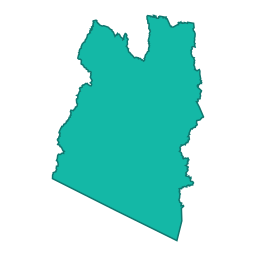 the district of Snowy Monaro, New South Wales, Australia
{"feature_id": "25037944B85069153423068", "entity_name": "Snowy Monaro", "entity_type": "district", "adm_level": 2, "iso_a3": "AUS", "parent_name": "Australia", "parent_adm1": "New South Wales", "projection": "natural_earth1", "projection_center": [149.043, -36.421], "detail": "fine", "context": "isolated", "style": "filled", "palette": "teal", "viewbox_px": 256, "rotation_deg": 0, "n_neighbors": 0, "source": "geoboundaries", "source_scale": "gbopen_adm2", "svg_char_len": 5661}
<svg xmlns="http://www.w3.org/2000/svg" viewBox="0 0 256 256"><path d="M201.5,90.8L197.7,87.2L197.8,86.7L197.2,86.0L197.4,85.6L198.2,85.9L198.1,84.7L199.3,84.6L200.1,83.3L201.3,83.4L201.1,82.9L201.6,82.5L200.8,81.4L201.4,80.9L200.2,79.8L200.7,78.9L199.8,74.2L199.9,71.1L199.3,69.6L197.1,70.8L195.6,70.0L195.3,69.2L194.7,69.3L194.9,68.5L194.5,66.3L193.8,65.3L193.8,64.6L194.4,63.7L194.1,62.7L194.5,62.3L194.2,61.6L194.7,60.4L193.7,58.8L194.2,57.8L193.1,57.5L192.2,56.6L191.0,53.2L191.5,51.9L191.1,51.4L191.2,50.7L190.9,50.3L192.1,49.1L192.2,48.2L191.8,47.6L192.2,46.8L193.3,46.5L195.1,47.0L194.5,44.6L195.1,43.7L194.4,42.8L194.3,41.5L194.7,39.9L194.5,38.2L195.0,36.5L195.1,33.8L194.3,31.5L193.6,31.0L193.0,28.8L194.1,27.8L193.6,23.3L187.7,22.3L187.5,23.3L184.2,22.5L184.1,23.1L182.3,23.3L181.8,23.1L181.9,22.8L180.8,22.6L180.8,22.0L180.2,22.4L180.3,22.7L178.7,22.4L178.3,22.7L178.8,23.3L178.4,23.4L178.4,24.5L178.1,24.4L173.0,27.2L171.2,26.8L171.3,26.2L170.4,26.1L167.1,18.8L165.9,18.6L166.2,17.1L163.9,17.1L163.8,17.8L163.1,17.8L163.1,16.8L159.8,16.2L159.6,17.0L158.7,16.8L158.4,18.2L157.4,18.3L156.4,18.1L156.0,16.7L155.7,17.1L155.1,17.1L155.1,16.2L154.5,16.1L154.6,15.6L153.5,15.4L154.0,17.2L152.2,17.0L152.1,16.5L150.7,16.1L150.5,16.4L150.3,16.0L147.7,15.6L147.0,16.3L147.1,19.2L147.7,20.1L148.0,23.4L148.9,23.5L149.1,24.5L148.8,28.7L149.8,29.5L149.8,30.3L150.4,31.1L149.3,33.5L149.8,34.9L149.3,35.4L149.4,36.4L148.3,40.3L148.6,41.0L148.4,41.4L149.1,41.9L148.6,43.2L149.4,43.6L149.0,44.7L149.5,45.4L149.2,46.0L149.4,46.9L148.9,47.3L148.7,48.1L148.5,49.7L148.9,51.0L147.6,51.6L146.6,53.7L145.5,54.9L145.0,56.7L145.2,57.2L144.1,58.6L144.7,59.3L144.5,60.2L143.6,61.1L142.2,59.8L141.5,60.0L141.0,59.1L139.9,58.3L138.5,58.7L138.3,57.8L135.9,57.3L134.4,57.9L132.1,55.1L131.2,54.7L131.0,54.0L129.9,53.0L129.9,52.6L128.7,52.0L128.1,49.6L128.5,48.9L127.5,48.2L127.4,47.3L126.3,46.3L127.5,44.2L127.2,41.1L128.1,39.3L127.6,38.4L127.1,38.4L126.4,36.5L126.9,35.3L126.1,33.9L125.3,33.5L124.7,34.4L124.3,35.7L123.8,36.1L124.2,36.7L123.5,38.2L123.7,39.2L122.9,39.7L123.0,38.7L120.8,37.1L119.3,34.3L118.3,34.2L117.5,33.4L116.9,35.0L116.3,34.7L115.0,36.4L113.3,32.0L112.3,31.4L111.8,29.8L110.5,29.4L108.2,27.2L103.7,25.7L102.2,26.1L100.1,25.2L98.9,24.2L98.5,23.4L97.9,23.3L96.6,21.3L96.8,20.6L96.0,20.2L93.2,20.9L93.1,21.7L93.8,22.5L93.1,23.4L93.2,24.8L92.8,25.2L93.2,26.2L92.7,26.7L92.4,26.4L91.7,26.9L92.0,27.2L91.7,27.8L92.1,28.7L90.7,29.0L91.7,29.9L91.2,30.4L90.7,30.1L90.4,30.6L90.3,30.3L90.0,30.5L89.9,31.3L90.2,32.4L89.8,32.3L89.6,33.3L87.5,34.7L87.0,37.2L86.2,38.9L85.3,39.9L84.8,42.0L83.9,42.2L82.2,44.1L81.1,47.0L81.3,48.1L80.2,48.7L79.4,50.3L79.3,52.1L78.7,52.8L79.1,53.2L79.2,54.5L78.6,54.8L77.8,58.2L78.7,59.1L80.5,59.3L81.4,60.3L81.1,63.9L81.7,64.4L82.7,64.5L83.2,65.7L83.9,66.2L84.3,67.4L86.1,68.1L86.3,69.2L87.5,69.6L88.4,70.7L88.1,71.4L88.3,71.7L90.5,71.6L90.9,71.9L91.1,72.4L90.7,73.8L91.0,74.7L90.3,77.2L92.1,80.5L91.5,81.8L90.3,82.8L91.4,83.6L91.7,84.4L91.2,85.8L90.2,85.8L88.0,84.5L87.3,83.5L86.9,83.8L85.9,83.4L83.6,85.1L83.1,84.9L82.6,85.2L82.0,85.9L82.3,86.9L81.4,87.6L80.2,87.5L79.5,88.6L80.0,89.2L79.9,90.3L80.3,91.1L79.4,91.7L78.2,94.8L76.8,95.4L77.6,95.9L77.9,96.6L77.6,98.7L76.6,98.9L76.4,99.8L76.7,103.0L77.5,103.8L77.1,106.1L76.5,106.9L75.5,107.0L74.9,108.9L74.3,109.1L73.4,110.6L70.9,110.2L70.4,111.8L71.1,112.7L70.8,114.0L70.9,115.2L70.4,115.2L70.1,115.9L70.3,117.1L69.2,117.3L68.6,119.5L68.0,119.7L67.6,121.0L67.0,121.4L66.5,121.2L66.1,123.0L65.1,123.5L64.6,124.3L63.8,124.3L63.4,125.6L62.3,126.6L61.7,126.5L61.6,127.3L60.9,128.1L59.1,132.2L59.0,132.8L60.1,133.1L59.7,134.7L59.9,136.2L59.2,136.2L58.5,138.3L58.6,138.7L57.7,138.9L57.4,139.9L58.9,142.3L57.7,144.5L59.8,145.2L60.0,146.5L60.7,146.7L61.7,147.8L62.8,150.3L64.3,151.4L63.4,152.0L63.6,153.4L62.0,153.2L60.3,154.5L58.5,154.2L57.7,155.4L57.3,158.7L56.5,160.6L57.4,161.0L58.0,163.0L58.2,164.2L57.9,166.2L56.5,166.2L56.2,168.4L56.7,169.4L56.0,170.6L55.9,171.6L53.2,172.7L53.2,173.8L52.6,175.0L52.5,178.6L116.9,211.0L176.9,240.6L181.8,220.9L181.4,208.3L183.6,206.3L183.4,205.5L181.0,205.7L181.4,204.5L181.0,203.4L181.5,203.1L179.7,202.2L179.5,200.9L178.9,200.0L179.6,197.9L179.8,194.7L180.3,194.0L179.4,192.8L179.7,191.6L179.3,191.2L179.7,190.8L179.5,190.4L179.7,189.4L179.2,188.8L180.1,188.4L181.6,188.7L182.4,187.1L183.1,187.4L183.4,186.9L184.4,186.5L186.8,186.9L186.8,185.9L188.3,185.1L189.2,186.0L189.9,185.8L189.9,185.2L192.7,184.9L192.7,184.1L193.5,182.9L192.7,181.6L190.7,181.3L190.3,180.0L191.0,178.2L190.9,177.3L189.5,177.9L188.8,176.0L188.2,176.5L186.1,176.1L185.7,175.6L185.7,175.2L186.7,174.5L185.8,173.0L187.9,170.4L187.8,169.4L187.3,169.3L187.3,168.2L188.1,167.6L188.1,166.9L187.0,166.6L186.5,165.8L185.8,165.5L186.7,165.1L187.1,163.9L187.9,163.6L187.5,162.3L188.0,161.7L187.5,161.2L188.1,160.3L188.6,160.1L188.3,159.5L188.6,159.4L188.2,158.9L188.2,158.2L187.5,158.1L186.0,158.5L185.3,158.0L183.3,158.8L182.7,157.7L183.2,157.1L183.0,156.5L181.5,155.1L181.8,154.3L181.1,152.5L179.4,151.3L180.3,150.3L180.4,148.8L180.1,148.7L180.0,147.3L181.3,145.8L181.3,145.0L182.3,145.3L184.6,144.3L185.2,144.7L185.3,144.1L186.0,143.6L186.2,142.6L186.9,142.3L187.7,142.6L188.3,141.2L188.1,140.2L189.0,139.9L189.4,139.2L189.0,136.7L187.9,136.6L188.6,135.7L188.6,135.1L189.7,134.3L189.1,133.6L189.3,132.7L190.8,129.2L191.4,128.7L192.2,129.0L192.4,128.5L193.8,127.5L195.3,127.3L195.7,125.9L197.0,125.1L197.2,124.2L196.5,123.5L196.7,120.6L200.0,119.9L202.1,117.5L203.1,117.4L203.5,116.9L199.4,107.3L196.5,101.7L197.7,101.7L198.2,100.9L197.7,99.3L200.1,98.7L200.1,96.8L200.6,96.0L200.1,93.6L200.4,93.4L200.6,92.0L201.2,91.9L201.5,90.8Z" fill="#14b8a6" stroke="#0f766e" stroke-width="1.5"/></svg>